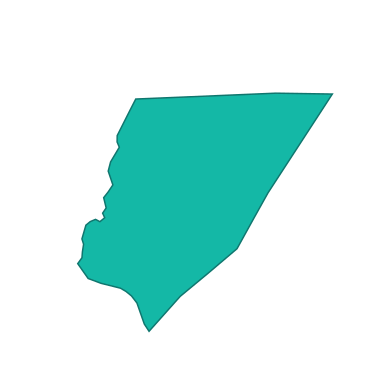 Coronel Ezequiel, Rio Grande do Norte, Brazil (Albers equal-area conic projection), rotated 293°
{"feature_id": "56859067B91601220051830", "entity_name": "Coronel Ezequiel", "entity_type": "district", "adm_level": 2, "iso_a3": "BRA", "parent_name": "Brazil", "parent_adm1": "Rio Grande do Norte", "projection": "albers", "projection_center": [-36.229, -6.36], "detail": "fine", "context": "isolated", "style": "filled", "palette": "teal", "viewbox_px": 384, "rotation_deg": 293, "n_neighbors": 0, "source": "geoboundaries", "source_scale": "gbopen_adm2", "svg_char_len": 626}
<svg xmlns="http://www.w3.org/2000/svg" viewBox="0 0 384 384"><g transform="rotate(293 192 192)"><path d="M71.8,130.2L72.4,144.0L75.5,163.7L74.7,169.9L72.7,176.9L68.3,184.7L51.8,199.7L47.0,206.9L91.3,221.9L123.4,238.5L157.4,255.6L193.2,259.3L220.9,262.3L337.0,282.9L315.7,230.5L276.5,148.0L255.6,103.9L243.2,103.0L214.7,101.1L208.8,103.5L204.8,107.6L187.9,105.3L178.5,106.7L167.6,116.4L158.8,114.7L152.3,112.9L143.8,119.2L137.6,118.0L134.2,121.7L128.7,118.8L129.1,113.9L125.0,109.9L120.0,107.3L105.8,109.0L101.6,112.6L94.1,114.5L88.5,116.4L81.4,114.8L71.8,130.2Z" fill="#14b8a6" stroke="#0f766e" stroke-width="1.5"/></g></svg>